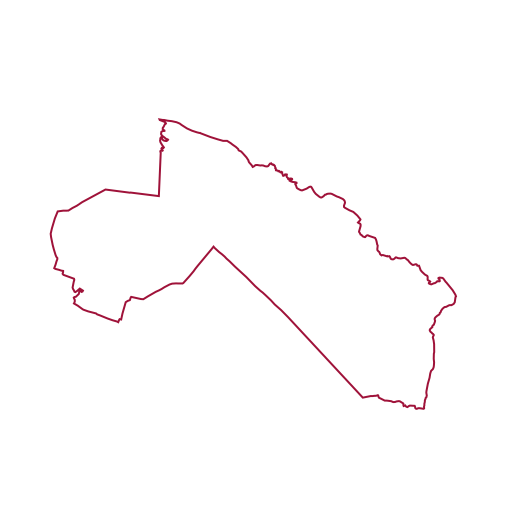 Aek Phnum, Batdâmbâng, Cambodia, rotated 16°
{"feature_id": "14789045B18738075075755", "entity_name": "Aek Phnum", "entity_type": "district", "adm_level": 2, "iso_a3": "KHM", "parent_name": "Cambodia", "parent_adm1": "Batdâmbâng", "projection": "mercator", "projection_center": [103.494, 13.247], "detail": "fine", "context": "isolated", "style": "outline", "palette": "rose", "viewbox_px": 512, "rotation_deg": 16, "n_neighbors": 0, "source": "geoboundaries", "source_scale": "gbopen_adm2", "svg_char_len": 6112}
<svg xmlns="http://www.w3.org/2000/svg" viewBox="0 0 512 512"><g transform="rotate(16 256 256)"><path d="M125.6,151.3L126.0,151.8L131.4,152.3L132.4,152.9L132.9,153.5L132.6,154.0L132.1,154.3L131.6,157.2L131.1,158.4L131.2,159.0L131.3,159.7L131.9,160.1L133.4,160.6L133.5,161.0L131.8,161.6L130.8,162.7L131.1,164.9L131.8,165.7L133.8,166.8L135.1,167.2L137.5,168.3L138.9,168.2L139.4,168.5L138.9,169.5L138.2,170.2L136.8,170.4L135.3,170.4L134.2,169.9L133.6,169.3L132.7,167.7L132.2,167.7L131.7,168.7L131.7,169.9L132.0,170.7L132.0,171.6L132.9,173.1L135.4,175.4L137.5,177.0L137.2,177.8L135.7,178.0L135.5,179.0L135.8,179.3L137.2,180.2L137.1,180.6L135.9,180.8L135.2,181.4L135.3,182.2L135.9,182.8L146.1,225.2L117.9,229.6L117.4,229.9L93.0,233.6L74.1,252.1L69.9,257.1L66.4,260.4L63.1,264.1L58.1,265.6L53.1,267.8L52.3,275.4L52.2,285.6L52.5,291.2L53.8,294.3L57.5,301.4L59.7,305.1L63.0,310.2L64.3,311.8L65.6,312.7L65.9,313.9L65.7,316.3L65.7,319.6L65.4,323.3L66.7,323.7L70.3,323.6L73.0,323.7L74.7,323.5L75.0,324.6L75.0,326.4L76.1,327.2L87.3,328.0L87.9,329.0L87.9,331.2L88.4,336.9L89.2,338.1L90.3,339.1L91.4,340.4L92.3,340.5L93.6,339.0L95.6,335.9L99.2,337.0L99.0,338.0L98.2,338.6L96.3,337.8L95.6,338.0L96.0,339.2L96.1,341.4L94.1,344.8L92.8,345.5L92.3,346.2L92.8,347.0L93.8,348.0L94.3,349.5L94.3,350.8L94.1,351.8L98.4,352.9L104.1,355.0L105.2,355.2L110.0,355.5L118.1,355.3L119.4,355.9L122.4,356.1L130.6,357.0L135.8,357.3L140.4,357.3L141.8,357.6L142.0,355.5L142.3,354.3L143.9,354.2L143.5,348.1L143.5,336.3L145.1,334.5L146.9,333.2L147.0,330.4L147.3,329.7L157.2,329.1L159.6,328.6L163.1,324.7L169.6,318.0L172.2,315.8L174.4,313.7L176.5,311.3L180.8,307.2L183.0,305.7L186.3,304.5L192.9,302.7L193.6,302.0L197.6,293.8L200.2,287.9L201.3,284.8L202.8,281.2L211.4,261.7L212.6,258.7L214.1,259.7L219.5,262.4L222.8,263.7L226.0,265.2L228.3,266.6L232.1,268.4L238.5,271.9L252.5,278.9L263.5,285.2L269.7,288.2L272.5,289.3L276.1,291.1L282.6,294.5L287.3,297.4L295.1,301.1L303.6,305.9L397.7,362.7L404.9,359.0L406.8,358.5L408.2,357.8L408.8,357.7L410.2,357.1L411.5,356.2L412.0,356.5L412.2,357.0L413.2,358.3L419.6,359.5L421.9,358.9L425.9,358.3L428.0,358.6L429.1,358.3L430.1,357.9L431.1,357.1L432.2,356.6L433.1,356.2L434.2,356.0L438.1,357.1L438.4,357.4L438.7,358.6L439.3,359.5L440.0,359.0L440.6,358.5L441.4,359.2L442.6,359.5L443.2,359.5L444.2,358.2L445.1,357.4L449.8,356.3L450.4,357.0L451.0,358.2L451.6,358.6L452.1,358.7L452.8,358.5L453.9,357.6L455.2,357.2L459.2,356.7L459.6,356.2L459.0,354.3L459.0,353.1L458.6,351.8L458.5,349.7L458.1,348.1L458.3,346.6L458.2,345.7L458.7,344.8L458.6,343.0L457.4,340.5L457.1,339.0L456.4,331.4L456.4,325.2L455.9,321.1L455.9,319.7L456.0,318.1L457.2,316.0L457.4,314.5L457.4,313.6L457.1,311.8L456.5,309.1L455.2,305.9L453.9,300.9L453.8,299.3L451.5,291.6L450.0,288.2L448.4,285.5L448.4,284.4L448.7,283.4L448.6,282.8L447.8,282.2L446.8,281.9L446.0,281.3L444.7,280.8L443.6,279.8L443.4,279.1L443.6,278.1L445.1,275.8L444.8,275.1L445.1,274.0L445.8,273.2L445.9,272.8L446.1,269.8L446.0,268.9L445.3,267.9L445.0,266.7L445.4,265.5L446.6,263.6L448.2,261.8L448.5,260.9L448.4,260.0L448.9,259.4L449.0,258.8L449.0,257.7L449.8,255.4L450.8,253.8L451.4,253.1L452.9,252.4L455.0,250.3L455.8,249.8L457.4,249.4L459.2,247.6L459.8,245.7L459.1,240.5L459.4,239.7L458.3,238.2L454.5,234.7L446.3,229.0L445.5,228.6L442.2,226.0L441.6,225.8L441.0,225.7L438.3,226.2L437.9,226.5L437.5,226.8L437.6,227.4L438.9,228.1L439.3,228.7L439.5,229.6L439.1,229.9L437.7,230.1L437.1,230.4L436.8,231.2L435.4,232.8L434.5,233.2L432.4,234.9L431.3,235.0L430.0,234.8L429.6,234.5L429.6,234.1L430.1,233.7L430.5,232.6L429.8,232.2L428.0,231.9L427.6,231.6L427.4,231.2L426.8,228.8L426.1,227.9L423.5,227.3L420.0,225.5L418.2,224.3L415.4,220.4L413.8,220.9L413.0,220.0L412.4,219.8L411.8,219.9L409.7,221.2L408.9,221.4L406.9,220.6L404.9,219.4L403.2,218.1L402.6,218.0L400.0,216.8L399.1,216.8L395.7,218.5L393.2,218.9L391.2,218.7L390.6,218.9L389.8,220.4L389.1,221.2L388.6,221.5L387.5,221.7L387.0,221.7L386.4,221.5L385.9,221.1L385.4,220.3L384.3,219.4L383.0,220.0L382.6,220.1L382.2,219.9L381.9,220.2L377.9,220.1L376.9,220.4L376.5,220.8L375.3,220.3L374.9,220.1L373.7,218.5L373.3,218.1L372.4,217.8L371.1,216.9L370.7,215.9L370.1,212.4L369.3,211.5L367.9,208.8L366.8,207.1L365.5,205.8L359.0,205.5L358.3,205.3L357.3,205.4L356.6,206.0L355.9,207.3L355.8,207.7L355.2,207.9L353.2,207.7L351.6,206.7L350.6,206.6L349.5,205.3L348.6,204.6L348.3,204.1L348.3,198.7L348.0,197.2L347.3,196.3L345.4,196.0L344.8,195.7L346.2,193.0L346.3,192.0L342.3,189.2L337.4,186.8L333.2,186.3L328.1,185.1L327.1,184.6L326.7,183.4L326.9,180.3L326.7,179.9L326.2,178.9L325.4,178.1L323.8,177.3L319.5,176.6L317.3,176.5L311.7,175.4L310.3,175.5L308.0,176.3L306.7,177.1L306.2,177.8L305.4,178.1L304.6,179.7L303.4,181.2L302.6,181.8L301.8,181.9L300.6,181.6L296.3,179.8L294.2,178.3L290.5,174.7L289.9,174.3L289.3,174.3L288.7,174.6L288.0,175.1L286.1,177.3L282.3,180.2L281.3,180.4L279.6,180.2L277.1,179.6L276.5,179.3L276.1,178.8L274.9,177.0L274.1,176.4L273.9,175.9L274.9,174.7L274.7,174.3L273.2,174.3L270.8,174.7L269.2,174.7L267.7,174.4L267.7,173.6L267.9,173.2L269.3,172.7L269.6,172.4L269.4,171.9L268.8,171.8L267.4,172.1L266.9,172.4L266.1,173.3L265.5,173.0L265.3,172.3L264.0,171.7L263.2,170.7L263.3,169.9L263.2,169.2L262.7,169.2L261.4,169.6L261.1,170.5L260.5,171.3L259.9,171.4L258.3,169.2L257.9,168.9L258.0,168.3L257.4,168.1L257.1,168.7L256.6,168.9L256.2,168.8L255.2,168.0L254.8,167.9L254.2,168.4L253.8,168.0L252.6,168.1L252.2,167.8L251.5,168.0L251.0,166.7L250.4,166.4L250.5,165.9L249.4,164.7L249.3,164.2L248.2,163.5L247.7,163.7L247.3,163.4L247.0,163.6L246.6,163.3L246.0,163.5L245.0,162.8L244.8,163.2L244.0,163.4L242.9,166.2L241.9,166.9L240.0,167.2L237.9,167.0L236.1,167.4L235.3,167.8L232.0,168.2L230.4,168.8L229.2,170.5L228.3,171.3L226.9,170.0L223.6,167.9L222.9,167.2L222.4,166.2L219.6,163.8L213.9,160.2L212.7,159.6L210.5,159.3L210.0,159.0L209.4,158.1L206.6,156.7L202.5,155.3L200.6,154.5L196.5,153.3L192.7,154.4L186.9,154.4L179.4,154.2L169.0,153.3L168.3,153.1L167.8,153.3L165.2,153.4L159.9,153.2L154.5,152.4L148.5,150.6L146.1,149.7L142.8,149.3L137.9,149.6L133.7,150.3L129.9,150.6L129.2,150.9L125.6,151.3Z" fill="none" stroke="#9f1239" stroke-width="2"/></g></svg>